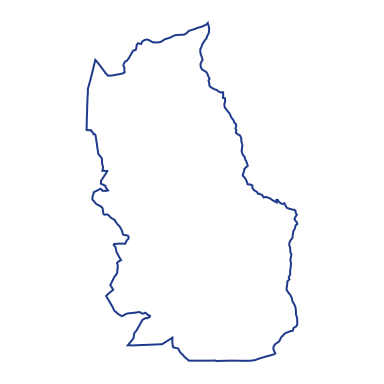 outline of Keiyo South, Rift Valley, Kenya
{"feature_id": "3690345B51361114330680", "entity_name": "Keiyo South", "entity_type": "district", "adm_level": 2, "iso_a3": "KEN", "parent_name": "Kenya", "parent_adm1": "Rift Valley", "projection": "mercator", "projection_center": [35.567, 0.379], "detail": "fine", "context": "isolated", "style": "outline", "palette": "blue", "viewbox_px": 384, "rotation_deg": 0, "n_neighbors": 0, "source": "geoboundaries", "source_scale": "gbopen_adm2", "svg_char_len": 5969}
<svg xmlns="http://www.w3.org/2000/svg" viewBox="0 0 384 384"><path d="M188.7,360.6L193.9,360.7L208.5,360.7L214.5,360.5L215.3,360.6L216.3,361.0L228.0,360.7L235.0,360.7L243.8,360.8L247.8,360.8L250.7,360.7L255.2,360.1L256.2,359.6L259.5,358.5L263.4,357.3L267.9,356.0L270.4,355.4L273.4,354.5L275.3,353.5L274.2,351.1L273.3,348.8L273.7,346.0L275.3,344.2L275.8,343.7L277.7,342.5L279.4,341.1L280.5,338.6L281.6,336.6L283.2,335.5L284.0,334.1L285.9,332.9L288.0,332.1L290.6,331.1L292.7,330.8L293.6,327.9L296.2,326.4L297.2,324.8L297.2,321.8L297.3,319.7L296.8,317.1L296.0,314.4L295.8,309.8L295.5,307.5L294.5,304.8L293.2,302.7L292.2,300.2L291.9,298.2L291.1,296.6L290.2,294.8L288.9,293.3L287.9,291.8L287.3,290.9L286.7,290.4L286.6,288.1L287.2,284.6L287.4,281.3L289.5,279.4L288.7,277.4L290.2,274.5L290.1,272.8L290.1,270.4L290.7,267.8L290.9,265.3L290.9,262.4L290.3,260.4L290.9,257.2L291.4,254.4L290.3,251.9L290.2,249.0L290.1,247.3L289.3,245.6L289.3,243.0L290.6,240.2L292.5,237.9L292.6,235.7L293.4,231.1L294.9,228.5L295.6,225.4L297.4,224.0L296.9,222.4L295.5,220.8L294.9,219.9L294.5,219.0L295.5,216.8L296.9,214.7L295.7,212.9L295.4,210.4L294.1,209.9L293.1,209.6L290.0,209.0L286.7,207.7L284.3,203.2L282.6,204.1L280.7,203.2L279.0,201.9L277.6,199.8L276.4,200.0L276.7,202.4L274.0,201.1L271.7,199.6L269.8,198.3L269.1,197.9L268.2,197.7L265.9,196.9L263.7,197.5L262.3,195.2L259.2,193.7L258.1,193.9L256.8,191.8L254.2,190.3L252.4,188.1L252.4,185.5L250.3,184.5L248.6,184.4L247.6,184.3L247.3,183.2L246.7,181.4L245.9,179.5L245.1,178.2L242.7,175.5L243.2,173.5L243.5,172.6L243.8,172.0L244.4,170.2L244.2,169.2L245.8,167.4L247.7,166.1L247.4,164.3L246.3,161.4L245.1,159.1L244.6,157.0L242.9,154.9L242.0,152.7L241.6,150.7L242.4,145.3L241.7,142.6L241.5,141.7L241.2,139.7L241.2,138.2L241.0,137.5L239.9,135.3L237.9,134.4L237.2,133.9L235.8,132.6L236.4,130.3L235.4,128.3L236.3,125.9L235.9,124.0L234.4,122.7L233.4,120.1L231.2,117.3L229.7,113.7L228.0,111.6L226.5,109.7L224.7,107.3L224.3,104.1L225.1,101.7L225.1,99.9L224.9,98.2L223.0,97.9L223.2,95.1L223.1,92.3L221.3,92.5L218.8,91.6L216.7,90.0L214.6,89.3L212.3,88.1L210.3,86.9L209.3,85.2L209.2,83.1L208.5,80.6L209.6,78.8L208.3,76.4L207.5,74.0L206.4,72.2L204.5,70.9L202.0,69.4L200.7,67.1L200.5,63.9L201.6,61.4L202.6,59.9L201.9,57.3L200.8,54.4L200.3,52.0L200.3,49.0L201.1,47.8L201.9,45.4L202.7,43.5L203.3,42.7L203.8,42.0L204.9,40.3L206.6,38.2L207.1,36.1L208.7,33.3L209.1,30.4L209.2,29.3L208.7,26.0L208.0,24.3L207.8,23.0L205.9,24.8L202.5,26.4L199.7,27.3L197.4,27.9L193.7,29.4L190.9,30.2L188.7,31.0L186.7,33.0L184.3,34.6L181.4,34.8L178.2,34.9L175.6,35.1L173.0,36.1L170.9,37.3L168.4,38.2L165.1,39.1L162.4,40.9L160.2,42.2L157.7,42.4L155.0,42.4L152.9,42.3L151.2,41.4L149.3,40.3L147.2,39.5L144.8,39.9L142.4,41.4L141.0,44.0L138.0,43.3L136.8,44.8L136.4,47.4L135.7,50.0L133.3,50.5L132.0,52.6L130.2,55.7L128.9,58.1L126.9,60.7L125.1,61.6L123.9,63.5L123.6,64.4L123.4,65.9L124.4,67.5L124.3,70.1L124.7,72.2L122.6,73.5L119.3,74.2L116.3,74.7L114.3,75.1L111.2,75.6L107.9,75.6L105.7,73.3L103.6,70.4L100.1,65.7L98.5,63.7L98.1,63.1L97.2,62.0L95.3,59.9L92.7,70.8L89.9,81.7L87.9,88.8L87.9,92.9L87.6,96.1L87.5,97.7L87.6,98.6L87.4,100.0L87.4,102.3L87.2,105.1L87.2,107.1L87.1,110.2L87.0,114.1L86.9,116.0L86.6,130.0L87.6,130.1L91.3,130.3L91.4,131.2L92.0,131.8L92.8,132.5L93.3,133.3L93.5,134.2L94.3,134.0L95.2,134.6L95.5,135.2L96.5,141.7L96.8,143.5L97.5,148.9L98.4,154.1L101.9,158.4L101.9,159.7L102.1,162.9L102.1,163.6L103.1,167.4L102.4,170.8L107.2,171.0L106.9,171.8L104.9,175.0L102.3,178.9L101.8,179.7L101.1,180.6L100.9,183.7L101.7,184.1L103.7,185.0L105.4,185.8L105.5,186.8L106.7,188.8L108.0,190.4L107.3,190.6L106.3,190.9L105.4,190.9L102.5,190.8L102.0,190.3L101.7,189.7L101.2,189.3L100.6,188.8L99.9,189.0L96.5,190.9L93.8,192.2L93.7,192.8L93.6,193.4L93.3,194.1L93.1,195.1L92.8,196.1L92.5,197.0L92.3,198.4L92.4,199.5L93.0,200.2L93.7,200.8L94.3,201.6L94.8,202.4L95.3,203.0L95.9,203.6L96.5,204.1L97.6,204.8L99.2,205.5L100.2,206.0L101.0,206.6L101.6,207.1L102.1,207.6L102.6,208.4L102.8,209.6L103.1,211.7L103.3,213.5L103.6,214.1L104.1,214.5L105.0,214.7L105.9,214.6L106.5,214.4L107.1,214.4L107.9,214.7L109.1,215.8L110.9,217.7L111.4,218.1L112.2,218.6L113.2,219.1L113.6,219.5L114.7,219.8L115.2,221.1L115.6,221.7L116.1,222.3L116.5,222.9L117.0,223.7L117.6,224.4L118.3,225.1L118.8,225.6L119.4,226.2L120.0,227.0L120.8,228.5L122.0,230.8L122.3,231.9L122.4,232.7L122.7,233.5L123.1,234.5L124.0,235.0L124.7,235.1L126.3,235.3L127.2,235.5L128.1,235.9L128.6,237.0L128.6,238.2L128.1,239.0L127.5,239.7L126.8,240.4L126.3,241.3L125.8,242.2L125.5,242.9L125.3,243.7L122.4,243.6L121.6,243.6L118.0,243.7L114.1,244.0L113.7,244.9L114.1,245.4L114.8,246.3L115.6,247.4L115.8,248.4L115.9,249.1L116.1,249.8L116.2,250.4L116.3,251.4L116.6,252.1L117.1,253.1L117.8,254.5L118.8,256.3L121.0,260.2L118.1,261.8L117.0,263.4L117.3,264.0L117.6,264.6L117.8,265.2L117.8,266.2L117.6,268.0L117.4,269.4L117.3,271.3L117.2,272.3L117.1,273.2L116.4,274.2L116.0,275.0L114.6,276.5L110.3,285.1L113.2,289.7L111.6,291.1L109.8,292.5L109.0,293.2L106.1,296.0L106.6,296.8L107.1,297.7L108.1,299.3L108.6,300.1L110.5,303.4L111.3,304.7L111.7,305.5L112.1,306.2L112.7,307.1L113.1,308.1L113.6,309.3L114.1,310.3L114.6,311.0L115.9,312.0L116.6,312.5L117.9,313.8L118.5,314.2L119.1,314.6L119.9,315.0L120.8,315.5L121.8,316.1L122.8,315.8L126.0,314.0L126.8,313.7L127.5,313.5L129.4,313.2L130.3,313.2L132.3,313.0L133.2,312.9L134.0,312.8L137.4,312.3L139.3,312.0L140.5,312.5L142.6,313.7L143.2,313.6L144.1,313.3L145.4,312.7L146.1,313.3L146.7,313.9L147.4,314.7L148.0,314.9L150.0,316.0L149.8,316.9L149.0,317.3L148.3,317.6L147.6,318.2L145.7,318.0L142.4,319.9L139.1,325.9L136.7,330.2L134.2,333.3L133.5,338.4L130.9,341.4L127.8,345.3L133.6,345.4L139.8,345.1L142.4,345.0L148.3,344.8L155.1,344.5L162.1,344.2L168.8,340.0L172.4,337.7L172.3,342.2L173.1,347.3L177.8,348.4L178.4,348.9L178.7,349.5L179.9,351.8L180.6,352.8L181.2,353.4L181.8,354.0L182.4,354.5L183.0,355.0L183.6,355.8L184.3,356.7L185.7,357.9L186.2,358.4L187.1,359.0L188.7,360.6Z" fill="none" stroke="#1e3a8a" stroke-width="2"/></svg>